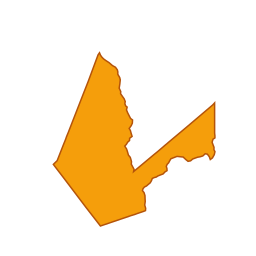 outline of Sítio Novo do Tocantins, Tocantins, Brazil, rotated 141°
{"feature_id": "56859067B78614603253170", "entity_name": "Sítio Novo do Tocantins", "entity_type": "district", "adm_level": 2, "iso_a3": "BRA", "parent_name": "Brazil", "parent_adm1": "Tocantins", "projection": "albers", "projection_center": [-47.721, -5.652], "detail": "fine", "context": "isolated", "style": "filled", "palette": "amber", "viewbox_px": 256, "rotation_deg": 141, "n_neighbors": 0, "source": "geoboundaries", "source_scale": "gbopen_adm2", "svg_char_len": 1621}
<svg xmlns="http://www.w3.org/2000/svg" viewBox="0 0 256 256"><g transform="rotate(141 128 128)"><path d="M102.8,204.4L105.2,203.7L129.5,189.3L144.5,180.8L177.1,162.2L181.5,159.8L183.2,158.7L189.5,155.2L203.6,147.2L208.9,146.7L209.0,144.3L209.4,129.5L210.6,93.1L211.1,69.2L180.7,58.0L177.3,56.6L174.6,55.7L168.4,53.4L166.4,52.8L164.8,54.5L163.5,57.6L160.9,60.0L159.1,62.5L157.4,64.7L156.2,67.6L156.2,70.2L154.5,71.4L152.3,71.8L150.1,71.3L147.9,71.4L145.3,71.4L142.9,72.3L140.9,73.5L138.9,73.0L136.9,72.1L134.9,71.9L132.3,71.1L129.6,70.2L126.9,70.6L124.5,70.3L123.2,72.1L122.4,74.1L120.5,75.1L118.3,75.4L116.0,76.4L114.0,77.1L107.8,75.1L105.7,73.0L103.4,70.7L102.9,67.0L102.3,64.3L100.0,63.1L97.3,63.2L94.9,62.4L92.3,61.5L90.0,60.2L87.4,59.2L84.2,59.4L82.8,57.7L82.9,54.5L83.9,51.7L81.2,51.6L77.7,53.0L75.3,54.9L74.9,57.0L73.3,58.9L72.4,61.7L71.6,64.0L69.0,65.8L66.7,65.6L65.4,67.2L63.9,69.5L44.9,93.0L47.7,92.6L81.8,91.8L105.6,91.4L107.6,91.3L110.0,91.3L112.6,91.2L120.7,91.0L124.3,91.0L151.1,90.6L149.3,92.1L148.2,97.8L146.5,99.6L145.5,101.8L144.7,103.8L144.7,106.7L143.3,110.0L142.3,112.6L141.9,116.0L139.6,116.3L137.2,117.2L134.7,117.3L133.2,119.0L130.1,118.9L128.8,122.1L127.7,124.6L127.4,126.9L124.0,127.8L121.6,129.0L119.4,131.4L120.0,133.8L119.4,136.7L118.7,140.0L117.8,143.0L115.5,144.8L115.9,146.7L115.1,148.9L113.5,150.3L112.6,153.2L112.5,155.1L112.2,159.3L110.7,160.9L109.8,164.5L106.7,167.3L103.7,170.3L102.7,172.4L102.1,176.2L100.6,178.0L99.7,179.9L99.5,183.1L100.8,186.3L101.6,190.8L102.8,194.5L103.5,197.2L103.7,199.8L103.5,202.1L102.8,204.4Z" fill="#f59e0b" stroke="#b45309" stroke-width="1.5"/></g></svg>